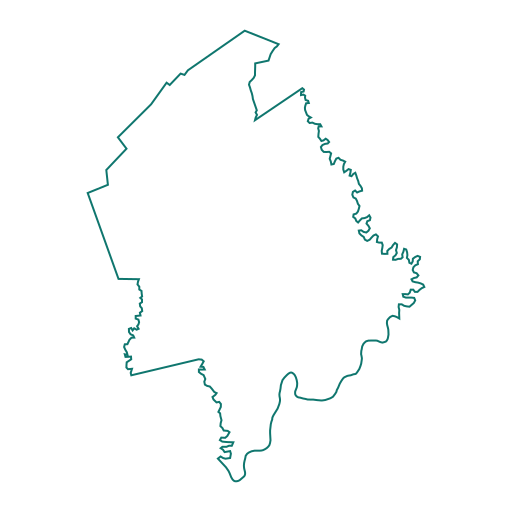 the district of Guaraní, Misiones, Argentina
{"feature_id": "61730980B47619048230809", "entity_name": "Guaraní", "entity_type": "district", "adm_level": 2, "iso_a3": "ARG", "parent_name": "Argentina", "parent_adm1": "Misiones", "projection": "natural_earth1", "projection_center": [-54.171, -27.044], "detail": "fine", "context": "isolated", "style": "outline", "palette": "teal", "viewbox_px": 512, "rotation_deg": 0, "n_neighbors": 0, "source": "geoboundaries", "source_scale": "gbopen_adm2", "svg_char_len": 6092}
<svg xmlns="http://www.w3.org/2000/svg" viewBox="0 0 512 512"><path d="M87.7,193.0L118.5,278.9L138.9,279.2L138.0,281.7L137.5,284.4L139.3,286.7L139.3,289.5L141.5,290.9L141.7,293.7L142.1,296.5L140.3,297.9L142.0,299.4L142.0,302.2L139.8,303.6L140.2,306.4L141.8,308.2L142.2,311.1L139.9,312.7L140.5,315.5L135.7,316.0L135.7,318.6L138.4,319.6L139.1,322.2L138.4,324.5L137.1,326.2L138.6,328.8L136.6,329.7L134.2,328.3L132.6,330.4L131.2,328.0L128.9,328.9L129.0,332.0L130.6,334.3L133.2,335.4L134.2,337.6L131.5,337.7L129.5,339.7L127.4,344.2L124.8,344.3L124.1,347.0L125.3,349.7L126.8,352.2L127.5,354.9L124.8,354.3L125.5,356.9L128.2,356.8L131.0,356.6L131.2,359.3L126.7,362.3L126.5,364.7L126.4,367.5L128.0,369.2L132.0,368.8L130.7,372.9L131.3,375.3L198.6,359.3L201.7,359.6L203.7,361.3L202.5,363.5L200.6,366.7L203.4,366.9L204.7,369.5L201.7,369.6L198.9,369.5L198.9,372.0L201.1,373.8L203.6,375.1L205.3,379.0L204.3,381.7L204.9,384.6L207.1,385.9L209.8,386.5L211.7,388.6L214.3,392.0L216.6,393.1L215.3,394.9L212.5,397.0L213.5,399.5L216.5,402.4L219.2,401.9L220.9,404.0L220.8,407.0L218.4,411.9L220.1,413.3L220.4,416.1L221.5,420.2L220.7,423.1L220.4,426.1L222.4,428.0L223.7,430.5L227.7,430.9L229.5,432.2L227.3,436.0L225.2,437.8L221.3,437.6L219.9,440.1L222.3,441.6L225.1,441.9L227.8,442.1L230.6,442.2L233.3,442.3L231.8,445.8L229.1,445.7L226.5,446.8L222.4,446.8L220.7,448.2L223.0,449.7L224.6,452.1L230.1,451.1L230.9,453.7L230.1,458.0L225.5,458.7L223.0,458.0L220.6,456.5L217.9,458.6L226.0,467.3L228.6,471.1L229.6,473.2L231.2,477.2L232.5,479.4L233.8,480.7L234.9,481.2L236.0,481.3L237.0,481.2L238.5,480.8L239.9,480.0L244.2,476.3L244.8,475.2L245.1,474.0L245.1,473.0L245.0,472.0L244.2,468.6L244.0,467.1L243.9,465.6L244.1,463.1L244.5,461.1L245.2,458.4L245.7,455.8L247.1,453.8L248.7,452.6L251.5,451.3L254.4,450.7L258.3,450.7L261.0,450.6L262.9,450.2L264.8,449.3L266.7,448.1L268.2,446.7L269.3,445.3L270.0,443.2L270.5,440.3L270.3,436.8L270.1,433.1L270.1,430.4L270.8,424.2L271.4,421.7L272.2,419.5L272.3,418.0L272.8,416.6L273.7,414.9L277.6,408.6L279.3,404.1L279.7,402.4L280.0,400.8L280.0,399.2L279.8,397.8L279.5,396.2L279.4,394.4L279.6,392.8L280.0,391.3L280.5,388.6L280.9,385.1L282.5,380.1L284.4,377.6L286.8,375.1L288.5,373.6L290.1,372.7L291.1,372.5L292.4,372.9L293.9,374.1L294.8,375.2L295.9,377.4L296.7,380.1L297.2,383.1L297.1,385.2L296.9,386.8L296.6,387.8L295.2,391.4L295.1,392.8L295.2,394.2L295.8,395.5L297.4,397.0L298.9,397.5L300.0,397.6L303.1,398.5L305.3,398.9L307.6,399.5L310.8,399.6L313.2,399.6L317.0,400.1L321.5,400.5L322.6,400.4L325.3,400.0L330.0,398.4L331.4,397.7L333.0,396.7L334.2,395.1L335.2,393.8L336.4,391.8L336.8,390.1L338.1,387.7L339.8,383.6L341.5,380.7L343.1,378.4L344.3,377.3L347.3,375.9L348.7,375.6L350.7,375.3L353.4,374.3L354.1,374.2L355.3,374.0L356.1,373.6L357.4,371.9L359.3,369.0L360.5,365.9L361.2,363.6L361.8,359.5L361.9,358.2L361.5,355.9L361.1,354.2L361.3,350.9L361.7,349.3L362.2,346.4L363.5,343.8L364.7,342.5L366.1,341.3L368.5,340.6L373.7,340.5L375.6,340.5L377.2,340.7L379.9,341.9L381.1,342.3L382.5,342.6L384.0,342.2L385.8,341.6L386.7,340.7L387.5,339.3L387.9,338.0L388.5,334.6L388.4,331.6L388.3,329.7L388.0,328.1L387.2,325.1L386.9,323.1L387.1,320.7L387.9,319.4L389.8,317.3L390.9,316.6L392.6,315.8L394.9,316.3L396.7,317.0L399.3,318.5L399.1,312.9L399.3,309.9L398.6,307.0L398.9,304.3L401.7,304.3L404.1,305.8L406.8,306.4L409.5,306.7L413.8,303.0L415.2,300.4L414.2,297.9L411.5,297.6L405.9,297.6L403.3,296.7L402.7,294.1L405.2,294.1L407.9,294.4L409.8,292.6L410.7,289.7L413.3,289.7L414.9,291.9L417.5,291.9L419.5,289.9L421.7,288.2L424.3,287.0L423.2,284.6L420.7,283.4L418.0,282.6L415.3,282.2L412.6,281.4L411.5,279.3L414.0,278.0L416.7,277.4L418.4,275.4L416.6,273.2L413.9,272.4L412.7,270.0L413.4,267.3L415.3,265.3L417.9,264.2L417.7,261.3L419.8,259.3L420.1,256.9L417.6,255.9L415.2,257.0L412.9,258.7L412.7,261.4L411.4,263.7L409.4,262.8L408.8,259.8L406.9,257.9L407.4,255.1L407.1,252.3L406.2,249.5L404.1,248.8L403.4,251.7L402.2,254.4L402.6,257.3L400.9,258.8L398.1,258.9L395.6,259.8L393.0,259.7L393.3,257.1L395.5,255.3L396.8,253.0L396.0,250.1L396.9,247.3L397.1,244.4L395.0,242.9L393.1,245.0L391.6,247.5L389.2,249.0L387.3,251.0L387.4,253.8L384.8,253.9L382.0,253.7L381.7,250.9L382.3,248.0L382.7,245.1L381.8,242.6L379.1,242.6L376.9,242.0L377.2,239.0L378.0,236.4L375.9,234.4L373.5,235.5L371.5,237.6L369.7,239.7L367.2,240.9L364.9,239.6L363.7,236.9L361.4,235.4L359.4,233.4L358.8,230.6L361.3,230.3L363.6,231.9L366.3,232.5L368.4,230.8L369.8,228.3L368.4,225.8L366.5,223.6L367.3,221.2L369.9,220.2L370.5,217.6L369.2,215.3L367.1,217.1L364.5,218.1L361.9,218.4L359.9,220.4L358.1,222.5L356.3,221.0L355.3,218.5L353.2,216.9L353.6,214.4L356.3,213.6L357.9,211.6L358.8,208.9L359.5,206.0L357.9,203.8L357.0,201.0L355.8,198.6L353.4,197.4L352.3,194.7L352.9,191.9L355.1,190.5L357.1,192.5L359.5,191.4L362.1,190.7L361.9,188.3L360.5,185.9L358.9,183.9L358.2,181.0L357.1,178.3L356.3,175.5L355.3,172.8L353.3,174.0L351.5,176.2L349.6,175.6L350.4,172.7L350.8,169.9L348.5,169.1L346.3,170.9L344.2,172.3L343.3,169.5L343.3,166.7L343.9,164.1L345.2,161.7L343.1,160.6L340.5,159.8L338.5,157.8L336.3,158.6L334.9,161.3L333.8,164.0L331.4,164.5L330.8,161.5L329.7,158.8L331.1,153.4L329.2,151.8L326.4,152.0L323.7,151.9L321.7,149.8L320.9,147.0L322.5,145.0L325.0,143.9L327.7,143.5L329.1,142.0L327.6,140.0L325.7,138.7L323.5,140.4L321.4,141.0L319.9,138.7L318.3,136.9L318.5,133.9L318.9,131.0L318.2,128.3L318.7,126.4L321.4,126.4L320.2,124.2L317.6,124.2L314.9,123.8L312.4,122.6L309.6,123.0L307.8,121.2L308.6,118.7L310.8,117.5L308.7,116.3L307.0,114.9L305.1,110.0L304.9,107.8L305.3,105.8L306.1,103.3L308.8,103.0L308.1,100.8L305.6,100.0L305.0,97.7L305.2,95.7L303.4,94.6L301.0,95.1L301.1,92.1L303.6,91.5L304.0,89.6L302.3,88.2L255.0,120.2L255.7,117.5L257.0,114.9L255.6,112.4L256.8,110.3L252.9,99.0L252.5,96.1L251.8,93.2L250.8,90.4L250.0,87.5L249.0,84.7L249.7,82.0L251.8,80.0L253.7,77.9L255.0,75.3L255.0,72.3L255.2,66.4L255.2,63.4L268.5,60.6L270.7,54.1L272.7,50.9L274.7,48.0L276.9,46.4L278.6,44.2L244.7,30.7L187.9,70.3L184.5,74.9L180.6,73.6L169.7,85.0L166.6,82.7L151.1,104.3L117.9,137.3L126.5,148.7L106.3,170.0L107.9,184.8L87.7,193.0Z" fill="none" stroke="#0f766e" stroke-width="2"/></svg>